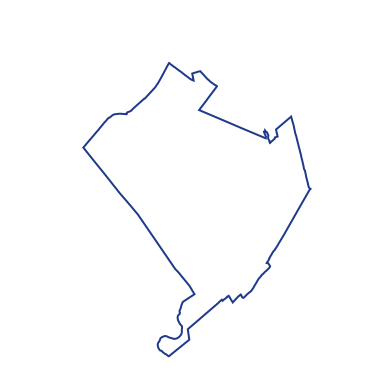 the district of Teslui, Olt, Romania, rotated 321°
{"feature_id": "2599482B32514865350694", "entity_name": "Teslui", "entity_type": "district", "adm_level": 2, "iso_a3": "ROU", "parent_name": "Romania", "parent_adm1": "Olt", "projection": "robinson", "projection_center": [24.367, 44.554], "detail": "fine", "context": "isolated", "style": "outline", "palette": "blue", "viewbox_px": 384, "rotation_deg": 321, "n_neighbors": 0, "source": "geoboundaries", "source_scale": "gbopen_adm2", "svg_char_len": 5782}
<svg xmlns="http://www.w3.org/2000/svg" viewBox="0 0 384 384"><g transform="rotate(321 192 192)"><path d="M286.0,264.2L285.8,263.6L285.8,263.0L285.7,262.3L285.7,262.0L285.8,261.8L286.3,260.6L286.9,259.3L287.6,258.0L289.0,254.9L289.8,253.2L290.3,252.0L291.3,250.2L292.0,248.8L292.5,247.9L292.9,247.1L293.3,246.2L293.4,245.0L293.9,243.9L295.1,241.8L297.8,236.2L298.5,234.6L299.6,232.5L300.0,231.7L300.4,230.9L300.7,230.3L300.9,229.8L301.0,229.4L301.6,228.2L302.6,226.1L303.4,224.2L304.6,221.7L305.7,219.3L306.5,217.6L308.3,213.8L308.6,212.8L308.9,212.0L309.2,211.4L310.4,209.0L311.3,207.2L312.5,205.1L312.6,204.7L313.0,203.9L313.6,202.7L313.9,201.7L314.8,199.7L315.0,199.2L316.5,195.8L296.7,196.3L296.0,197.5L295.7,198.1L294.9,199.8L293.4,202.8L292.5,202.4L290.8,201.8L290.7,201.9L290.4,202.2L290.1,202.2L289.9,202.4L289.8,202.6L285.6,202.8L283.4,203.0L283.4,202.7L283.5,202.3L283.8,201.7L284.1,201.4L284.4,200.9L284.5,200.3L284.5,200.0L284.6,199.5L284.6,199.2L284.8,198.7L284.9,198.4L285.1,198.2L285.3,197.7L285.5,197.5L285.8,197.1L286.3,196.7L286.6,196.4L286.9,196.1L287.2,195.7L287.2,195.1L287.2,194.6L287.4,194.3L287.4,194.1L287.5,193.7L287.7,193.3L287.9,192.8L287.8,192.6L287.7,192.4L287.6,192.2L287.4,192.1L287.2,191.9L287.2,191.7L286.9,191.3L286.7,191.0L286.7,190.9L286.8,190.8L287.0,190.7L287.6,190.3L287.6,190.2L287.5,190.3L287.3,190.4L286.8,190.3L285.8,190.4L285.7,190.7L285.6,191.1L285.1,192.6L285.0,193.1L284.9,193.5L284.7,194.0L284.6,194.3L284.5,195.1L284.4,195.4L284.2,195.6L283.1,196.7L270.3,172.8L263.5,159.9L249.1,132.8L256.1,131.1L261.0,129.9L264.7,128.9L276.3,126.0L277.5,125.7L277.9,125.6L278.0,125.5L278.0,125.3L278.0,125.1L277.9,124.9L277.3,123.4L277.1,123.0L276.1,119.4L275.8,118.4L275.5,116.2L275.0,113.3L274.9,110.8L274.5,104.6L274.5,103.4L271.9,102.1L270.6,101.7L269.4,101.1L266.7,100.1L264.4,104.5L264.1,104.9L264.0,105.1L264.0,105.3L263.7,105.7L263.6,106.0L263.4,106.4L263.2,106.1L262.8,105.6L262.6,105.2L262.5,104.6L262.2,104.1L262.0,103.7L261.9,103.1L261.7,102.7L261.5,102.1L260.8,99.0L260.6,98.3L260.4,97.4L260.2,97.0L260.1,96.4L260.0,95.7L259.7,94.7L259.5,93.9L259.4,93.1L259.3,92.6L258.9,91.2L258.6,90.1L258.5,89.9L258.4,89.6L258.0,88.0L257.7,86.7L257.6,86.2L257.3,85.0L257.2,84.6L256.9,83.6L256.8,83.2L256.7,83.1L256.5,82.5L256.4,81.5L256.1,80.7L256.1,80.4L256.0,80.2L255.8,79.5L255.7,78.6L255.5,77.9L255.5,77.4L255.2,77.3L254.8,77.5L253.5,78.0L252.9,78.3L250.8,79.1L249.3,79.8L246.6,80.9L246.2,81.1L244.8,81.7L244.3,81.9L243.5,82.3L242.5,82.6L241.1,83.3L240.9,83.3L239.3,84.0L236.0,85.3L234.7,85.8L234.1,86.0L233.1,86.3L231.8,86.6L230.0,87.3L229.5,87.4L229.2,87.5L214.0,89.7L213.6,89.4L199.6,90.1L198.6,90.2L197.8,90.2L197.3,90.3L196.4,90.5L196.1,90.6L195.8,90.5L194.7,90.3L193.6,90.0L193.4,90.0L192.8,89.7L192.5,89.6L191.9,89.4L191.0,89.5L190.8,89.6L190.6,89.7L190.6,90.0L190.5,90.3L190.2,90.4L189.7,90.0L187.2,87.6L185.5,86.0L184.7,85.4L182.9,84.2L180.9,83.0L180.4,82.7L180.0,82.6L179.5,82.5L178.1,82.3L177.2,82.3L174.7,82.3L174.3,82.2L174.1,82.1L173.9,82.0L173.7,81.9L172.9,82.0L171.6,82.2L170.4,82.5L169.5,82.6L169.1,82.7L168.6,82.8L167.8,82.8L167.0,83.0L166.1,83.2L162.2,84.0L160.6,84.3L159.2,84.7L158.0,84.9L157.1,85.1L155.4,85.3L152.0,86.0L151.3,86.1L148.8,86.6L148.7,86.6L144.2,87.4L135.5,89.1L135.4,106.4L135.4,106.8L135.4,123.0L135.2,139.9L135.2,140.1L135.2,141.4L135.1,147.8L135.5,159.7L135.7,168.9L135.7,172.0L135.8,172.9L135.8,173.3L135.7,173.5L135.8,174.4L135.8,176.4L135.7,176.5L130.9,236.5L130.8,237.4L130.5,241.7L130.9,245.5L130.9,250.7L131.0,263.3L129.6,273.0L116.2,271.7L115.5,271.9L115.0,271.9L114.0,272.6L112.0,273.7L110.3,275.1L107.7,276.4L106.7,277.7L106.6,278.3L105.7,279.0L105.2,279.0L104.2,279.1L103.2,279.3L102.0,280.3L101.2,281.4L100.7,282.4L100.4,283.0L100.2,284.1L99.8,285.6L99.6,287.5L99.6,288.5L99.8,289.6L99.0,291.1L97.4,292.6L96.6,293.7L95.6,294.8L94.5,295.6L93.1,296.2L91.0,296.5L89.1,296.4L88.3,296.3L86.7,295.6L85.9,295.1L85.4,294.6L84.8,293.7L83.9,292.4L83.0,291.1L82.3,289.9L81.7,288.5L80.9,287.4L80.0,286.7L78.4,286.2L76.7,285.8L75.4,285.9L74.3,286.5L73.2,287.2L72.3,287.6L71.6,287.7L70.8,287.9L69.8,288.6L68.9,289.6L68.1,291.1L67.7,292.3L67.6,292.7L67.5,293.8L67.5,294.9L67.9,295.7L68.4,296.4L68.5,296.8L68.5,297.4L68.5,298.0L68.8,299.3L69.0,300.1L69.2,300.9L69.4,301.2L69.7,301.7L69.8,302.1L69.9,302.7L70.0,303.2L70.1,303.7L70.2,304.0L70.3,304.4L70.6,305.1L96.9,305.1L102.4,296.0L142.4,294.8L143.3,294.7L144.2,294.6L147.4,294.5L147.4,295.8L149.9,295.7L151.5,295.8L152.8,295.7L153.1,295.6L153.1,295.8L155.2,295.8L155.0,298.0L154.7,299.3L154.2,303.5L155.3,303.3L160.9,302.5L162.9,302.3L163.1,302.3L163.4,302.4L163.5,302.4L165.3,302.2L165.4,302.3L165.4,302.7L165.3,303.0L165.3,303.4L165.0,304.4L164.9,304.8L164.7,305.5L164.8,305.9L165.5,306.7L165.8,306.7L167.3,306.5L168.0,306.5L169.6,306.3L170.8,306.2L173.0,306.1L173.3,306.1L174.1,306.2L174.6,306.2L175.5,306.2L175.8,306.2L176.2,306.1L177.0,305.7L178.5,305.4L179.4,305.1L180.2,304.8L180.7,304.5L182.1,304.0L183.6,303.5L185.0,302.9L185.8,302.7L186.9,302.2L187.2,302.1L187.7,301.9L189.2,301.4L190.3,301.2L191.3,301.1L192.5,300.8L193.1,300.7L193.4,300.5L194.0,300.4L194.8,300.3L195.0,300.4L195.3,300.4L195.5,300.4L195.9,300.4L196.3,300.4L196.8,300.2L198.1,300.0L198.8,300.0L199.3,300.0L199.9,300.0L201.1,299.9L203.0,299.7L203.6,299.7L204.8,299.4L205.5,299.2L206.1,298.6L206.1,297.7L206.2,297.0L206.3,296.4L206.3,296.1L206.3,295.6L206.3,295.1L206.1,294.8L205.4,294.4L205.3,294.2L207.7,293.5L209.1,293.0L209.5,292.8L209.7,292.7L210.2,292.1L210.7,292.2L210.8,292.1L211.9,291.5L212.5,291.3L213.2,291.1L214.5,290.6L216.0,290.0L216.8,289.7L218.6,289.2L219.1,289.2L219.4,289.2L219.7,289.2L220.5,288.8L222.2,288.3L223.3,287.9L223.8,287.8L226.6,286.7L236.3,283.2L262.8,272.8L284.2,264.5L285.1,264.3L286.0,264.2Z" fill="none" stroke="#1e3a8a" stroke-width="2"/></g></svg>